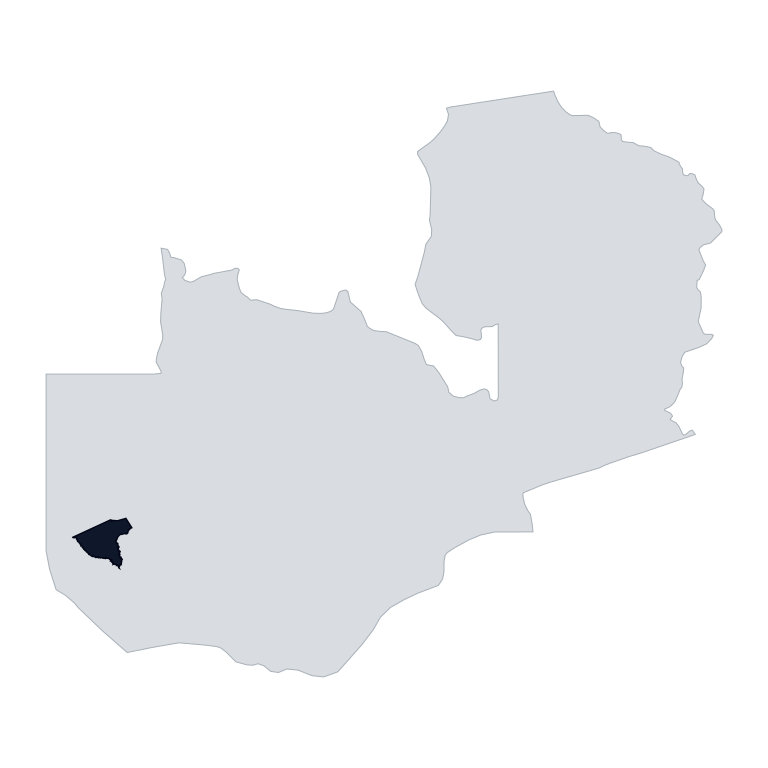 location of Nalolo, Western, Zambia
{"feature_id": "96606910B50694573542024", "entity_name": "Nalolo", "entity_type": "district", "adm_level": 2, "iso_a3": "ZMB", "parent_name": "Zambia", "parent_adm1": "Western", "projection": "mercator", "projection_center": [22.885, -15.831], "detail": "fine", "context": "in_parent", "style": "filled", "palette": "ink", "viewbox_px": 768, "rotation_deg": 0, "n_neighbors": 0, "source": "geoboundaries", "source_scale": "gbopen_adm2", "svg_char_len": 8341}
<svg xmlns="http://www.w3.org/2000/svg" viewBox="0 0 768 768"><path d="M533.0,531.9L494.5,532.0L480.4,535.1L468.9,539.9L455.2,547.4L447.2,552.6L445.1,555.5L444.0,561.9L444.0,571.8L442.6,578.9L438.4,585.4L417.5,593.3L403.9,599.8L390.5,607.4L380.3,617.3L373.4,629.6L361.9,644.7L337.8,671.8L323.8,676.9L312.1,675.7L298.0,670.1L286.8,669.0L278.5,672.5L270.8,671.4L263.8,665.7L257.9,663.7L253.1,665.2L247.0,664.9L235.8,661.8L226.2,652.1L221.0,648.1L216.9,646.6L205.4,645.1L178.9,642.8L151.4,647.6L127.2,652.5L102.6,631.0L78.9,608.3L73.9,602.5L64.9,594.9L58.5,591.2L56.0,589.4L49.6,569.2L46.1,550.7L46.1,374.1L153.9,374.1L160.9,373.4L161.2,371.5L156.2,362.2L156.4,358.8L157.8,352.5L162.5,339.8L162.8,335.6L160.6,321.8L160.8,314.1L162.1,298.6L161.3,293.3L163.8,286.3L164.7,281.7L165.7,279.7L164.5,274.4L162.3,256.0L161.1,248.2L167.5,249.4L169.7,253.2L170.9,257.3L173.8,257.6L181.5,260.0L184.2,263.4L185.9,270.8L184.9,274.6L182.4,277.7L184.9,280.4L190.0,282.2L193.0,281.6L201.7,276.6L209.6,274.7L213.7,273.4L231.5,270.1L235.1,268.3L237.6,268.3L239.3,269.8L237.7,275.0L237.2,279.7L239.4,288.4L241.1,292.5L244.8,295.5L247.5,297.1L250.5,300.2L256.7,299.7L270.3,304.2L274.5,306.3L280.2,308.3L284.3,309.1L298.3,310.7L313.2,313.2L320.9,313.4L326.4,312.8L330.2,311.5L332.6,310.1L333.6,308.8L339.2,292.1L342.1,290.8L345.8,290.0L347.9,291.5L350.3,302.0L361.1,311.5L364.7,319.5L367.4,326.4L369.7,328.3L373.8,330.6L380.3,331.4L386.2,331.7L415.1,343.4L418.3,345.5L421.8,351.7L424.0,358.8L426.3,364.4L430.0,365.4L433.3,365.8L436.6,369.7L439.1,373.0L447.7,386.8L448.9,392.3L453.1,396.0L458.7,397.6L463.9,397.7L466.9,396.1L474.3,393.3L480.1,390.0L484.3,388.9L486.8,389.6L488.7,391.8L490.0,398.7L494.1,401.0L497.1,400.1L498.3,397.4L498.3,396.0L498.2,324.0L495.6,324.5L492.3,326.6L484.6,326.8L481.7,328.3L480.7,330.6L481.3,333.6L481.5,337.7L480.3,339.6L477.0,340.3L472.1,338.8L463.3,336.7L456.0,335.5L450.7,330.1L443.6,322.0L438.9,317.9L427.6,309.4L425.7,307.7L422.3,303.7L419.4,297.0L416.6,289.2L415.1,284.3L417.8,276.7L424.4,251.9L425.9,244.1L431.4,236.3L431.7,229.3L429.5,220.3L430.1,215.3L430.9,187.0L429.4,178.1L425.7,168.2L417.6,154.4L417.6,151.5L430.1,142.5L433.8,139.2L440.3,131.9L444.7,125.8L447.5,120.8L448.5,114.3L446.4,108.2L450.6,107.0L553.6,91.1L555.0,95.3L558.2,102.3L561.7,107.5L566.1,112.0L569.9,114.7L572.4,115.6L588.2,115.3L593.9,118.0L598.9,121.5L600.1,126.9L603.4,130.3L606.9,133.0L608.4,133.3L611.0,132.6L615.3,132.6L619.2,133.7L621.1,134.9L621.3,139.4L622.5,141.5L627.8,142.2L633.3,142.6L638.6,145.7L644.3,146.2L650.9,147.5L654.0,150.8L661.0,154.1L669.6,157.2L679.0,162.2L679.2,163.7L680.8,166.7L682.5,168.8L682.6,171.9L683.4,174.8L685.8,175.5L687.8,175.7L689.7,173.6L692.2,173.7L695.0,175.0L696.0,178.3L698.1,182.8L701.6,185.9L704.0,188.9L703.2,194.2L701.7,199.2L706.4,204.1L712.6,208.7L714.2,210.7L714.8,217.6L715.7,220.0L719.9,225.7L721.9,229.5L721.8,231.7L710.5,243.0L703.6,244.8L700.6,247.1L698.8,249.5L703.2,260.8L705.6,265.1L703.6,270.5L699.2,279.6L697.1,280.4L696.7,287.3L698.1,289.9L700.3,291.8L701.2,296.5L701.1,308.2L698.2,321.5L703.3,333.1L705.1,334.3L712.1,334.4L713.3,335.4L711.6,338.7L706.7,343.8L697.7,347.8L684.9,352.2L682.2,356.4L680.5,362.5L681.9,366.1L683.7,368.1L683.1,373.5L682.0,379.1L682.4,383.5L681.8,387.4L680.1,389.4L677.8,395.3L675.1,401.2L672.9,404.0L669.7,406.8L664.6,409.2L664.7,410.4L670.4,413.1L671.9,415.0L672.5,416.3L670.1,419.3L672.7,421.2L676.0,422.7L679.0,426.7L682.6,434.1L683.2,434.9L684.2,435.0L686.1,434.2L689.6,431.1L692.2,430.1L695.3,434.4L641.6,452.8L629.0,456.6L610.1,463.2L604.0,465.6L599.1,468.0L549.1,482.5L541.2,485.3L523.5,492.7L522.9,494.0L523.1,497.3L524.7,504.3L527.8,510.6L530.4,514.3L532.1,523.7L533.0,531.9Z" fill="#d9dde1" stroke="#a8b0b8" stroke-width="1"/><path d="M110.5,519.9L72.8,537.3L72.9,537.5L73.2,537.6L73.5,537.6L73.9,537.6L74.0,537.7L74.4,537.7L74.5,537.6L74.8,537.6L75.2,537.6L75.4,537.5L75.7,537.6L75.7,537.4L75.8,537.4L76.2,537.4L76.3,537.6L76.6,537.9L76.8,538.3L76.6,538.5L76.7,538.8L76.6,539.2L76.8,539.3L76.9,539.1L77.0,539.2L77.1,539.3L77.0,539.5L77.1,539.9L77.3,540.1L77.2,540.2L77.3,540.1L77.4,540.3L77.4,540.2L77.5,540.3L77.5,540.7L77.7,541.0L77.9,541.4L77.8,541.5L78.2,541.8L78.4,541.8L78.6,541.8L78.8,542.1L79.0,542.2L79.1,542.4L79.2,542.5L79.3,542.8L79.3,543.0L80.0,543.5L80.1,543.9L80.3,543.9L80.4,544.1L80.5,544.6L80.9,544.8L80.9,545.0L80.9,545.3L81.0,545.2L81.1,545.3L81.4,545.6L81.9,546.1L82.0,546.2L82.0,546.5L82.1,546.8L82.4,546.9L82.5,547.2L82.5,547.4L82.6,547.6L83.0,547.8L83.3,548.4L83.4,548.5L83.8,548.9L84.1,549.2L84.0,549.3L84.3,549.5L84.6,549.8L84.8,550.2L85.0,550.2L85.1,550.4L85.3,550.4L85.5,550.8L86.1,551.1L86.4,551.4L86.4,551.6L86.6,551.7L86.8,551.9L86.8,552.0L87.1,552.4L87.3,552.5L87.5,552.6L87.9,552.6L88.1,552.9L88.0,553.0L88.2,553.3L88.3,553.5L88.8,553.7L88.8,553.9L89.0,553.9L88.9,554.1L89.1,554.2L89.2,554.3L89.1,554.5L89.3,554.6L89.5,554.7L89.8,554.8L90.4,554.9L90.6,555.2L90.7,555.3L90.9,555.3L91.0,555.4L91.2,555.7L91.5,555.8L91.5,556.0L92.0,556.2L92.3,556.0L92.7,556.5L92.9,556.4L92.9,556.2L93.1,556.3L93.4,556.2L93.6,556.4L93.9,556.3L94.1,556.4L94.2,556.6L94.5,556.6L94.8,556.9L95.0,556.8L95.2,557.0L95.3,556.9L95.5,557.0L95.5,556.9L95.8,557.1L96.1,557.1L96.4,557.1L96.4,557.3L96.9,557.0L97.1,557.2L97.5,557.2L97.5,557.3L97.9,557.4L98.0,557.5L98.4,557.6L98.6,557.8L98.9,557.7L98.9,557.3L99.0,557.4L99.1,557.5L99.4,557.6L99.5,557.7L99.8,557.7L100.0,557.6L100.5,557.7L100.6,557.8L100.8,557.7L100.9,557.8L101.2,557.7L101.3,557.7L101.2,557.6L101.5,557.6L101.9,557.6L102.2,557.8L102.5,558.0L102.8,558.0L103.0,558.2L103.3,558.2L103.5,558.1L103.8,558.2L104.0,558.1L104.3,558.2L104.7,558.3L105.3,558.1L105.5,558.2L105.4,558.3L105.6,558.3L105.8,558.1L105.8,558.3L106.2,558.1L106.3,558.2L106.6,558.3L106.9,558.2L107.3,558.3L107.9,558.2L108.4,558.4L108.9,558.2L109.1,558.5L109.2,558.8L109.5,559.0L109.8,559.4L110.1,559.4L110.5,559.4L110.5,559.5L110.8,559.7L110.9,560.0L111.3,560.0L111.2,560.1L111.4,560.2L111.2,560.5L111.3,560.6L111.3,560.8L111.2,560.8L111.3,560.9L111.2,561.0L111.3,561.1L111.1,561.2L111.4,561.3L111.5,561.6L111.8,561.6L112.0,561.7L112.0,561.8L112.2,562.1L112.3,562.2L112.3,562.3L112.2,562.4L112.3,562.5L112.5,562.5L112.4,562.7L112.5,562.8L112.6,562.7L112.6,562.9L112.7,563.0L112.7,562.9L112.8,563.1L113.0,563.3L112.9,563.5L113.0,563.8L113.0,564.0L113.1,563.9L113.3,564.2L113.5,564.2L114.0,564.3L114.0,564.1L114.4,564.0L114.7,564.1L115.1,564.2L115.6,564.2L115.9,564.2L116.1,564.5L116.4,564.7L116.4,565.1L116.6,565.0L116.8,565.0L116.8,565.4L116.9,565.6L117.2,565.7L117.3,565.6L117.5,565.7L117.9,565.9L118.1,566.0L118.3,566.0L118.5,566.0L118.7,566.3L118.9,566.4L118.9,566.8L118.7,567.4L118.7,567.6L118.8,567.8L119.1,568.0L119.0,567.8L119.1,567.0L119.3,566.5L119.6,566.2L119.7,565.7L119.8,565.2L120.1,564.9L120.8,564.9L121.1,564.8L121.3,564.5L121.3,564.1L121.3,563.6L121.1,563.4L121.1,563.1L121.5,562.4L121.6,562.1L121.6,561.5L121.5,561.0L121.7,560.2L122.2,559.6L122.2,559.4L122.1,559.1L121.8,558.9L121.4,558.5L120.9,558.6L120.6,558.5L120.5,558.3L120.8,558.1L121.1,557.5L121.1,557.3L121.0,557.2L120.7,557.1L120.5,557.4L120.3,557.5L120.0,557.4L119.9,557.3L119.7,556.4L119.4,555.8L119.5,555.5L119.9,554.9L119.9,554.7L119.7,554.4L118.9,554.4L118.7,554.3L118.6,554.2L118.7,553.9L119.5,553.6L119.6,552.6L120.0,551.9L120.1,551.4L119.9,551.3L119.7,551.2L119.3,551.6L119.0,551.6L118.9,551.5L118.9,551.2L119.1,550.6L119.0,550.4L118.7,550.2L118.3,550.1L118.0,549.9L118.0,549.7L118.4,549.0L118.4,548.7L117.6,547.9L117.6,547.6L117.8,547.3L118.8,547.2L119.0,547.1L119.0,546.8L118.4,546.5L118.3,546.2L118.1,545.7L117.7,545.4L117.5,544.9L117.8,544.4L117.9,543.9L117.7,543.5L117.5,543.4L116.7,543.2L116.6,542.3L116.3,542.0L115.6,541.6L115.5,541.1L116.1,540.5L116.6,539.9L116.6,539.7L116.9,539.4L117.0,539.1L116.9,538.9L117.0,538.4L117.4,538.0L117.4,537.7L118.1,536.6L119.8,534.5L120.0,534.4L120.2,534.5L120.3,534.4L121.0,534.4L121.6,534.4L123.1,533.9L124.1,533.7L124.8,533.5L125.7,533.8L126.2,533.8L126.5,533.9L126.8,533.7L127.6,533.1L127.9,532.4L127.8,532.0L127.7,531.9L127.7,531.7L127.9,531.3L128.4,530.9L128.6,530.6L128.8,530.1L129.0,529.7L129.6,529.3L129.4,529.0L130.0,528.4L130.9,528.3L131.0,528.2L131.2,527.7L131.7,527.6L125.9,518.4L117.5,520.8L111.9,520.4L111.9,521.2L111.8,521.4L111.7,521.4L111.4,521.0L111.2,520.8L111.1,520.6L111.2,520.4L111.1,520.1L110.9,519.9L110.5,519.9Z" fill="#0f172a" stroke="#020617" stroke-width="1.5"/></svg>